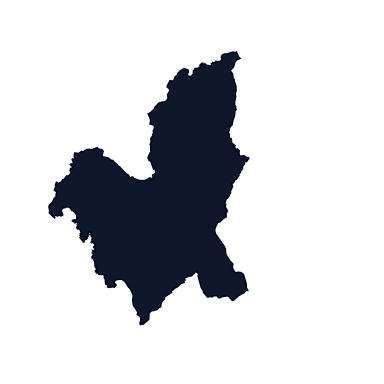 the district of Tulungagung, Jawa Timur, Indonesia, rotated 46°
{"feature_id": "22746128B2754392863745", "entity_name": "Tulungagung", "entity_type": "district", "adm_level": 2, "iso_a3": "IDN", "parent_name": "Indonesia", "parent_adm1": "Jawa Timur", "projection": "orthographic", "projection_center": [111.871, -8.073], "detail": "fine", "context": "isolated", "style": "filled", "palette": "ink", "viewbox_px": 384, "rotation_deg": 46, "n_neighbors": 0, "source": "geoboundaries", "source_scale": "gbopen_adm2", "svg_char_len": 6064}
<svg xmlns="http://www.w3.org/2000/svg" viewBox="0 0 384 384"><g transform="rotate(46 192 192)"><path d="M213.6,151.3L212.9,148.1L213.3,147.4L212.7,147.8L212.9,146.8L211.7,146.2L211.4,143.3L210.4,142.3L210.7,141.1L210.0,139.1L208.5,137.7L208.2,134.7L206.5,133.5L208.0,131.6L207.3,127.7L206.5,127.5L205.0,129.0L201.9,129.4L199.8,132.4L198.6,132.5L196.6,131.3L195.3,129.4L192.6,129.3L192.3,130.2L192.8,131.1L192.3,131.8L190.1,130.4L188.8,130.5L189.1,129.8L188.5,129.0L187.5,129.9L186.8,129.7L186.8,129.0L184.5,129.5L181.1,126.9L180.7,127.4L179.9,126.9L180.3,127.6L178.7,127.2L176.0,124.9L174.4,124.6L173.5,122.3L172.4,121.7L171.5,118.8L171.5,116.5L169.5,113.9L166.6,108.4L163.3,104.5L163.4,102.9L162.4,102.8L161.0,101.4L159.2,101.0L157.1,99.2L153.6,94.2L151.7,92.9L149.4,89.6L145.9,86.6L141.3,84.6L140.5,83.6L138.7,83.7L137.3,82.2L136.0,81.9L135.3,80.7L131.2,80.3L130.8,75.2L128.2,70.7L128.1,67.9L129.3,64.6L126.9,64.6L122.1,62.8L121.9,64.2L120.2,65.0L118.8,67.0L117.2,70.9L115.4,72.5L114.5,75.1L115.4,77.3L117.4,78.3L117.5,79.5L118.2,79.4L118.3,80.0L115.5,83.7L114.6,83.9L115.1,84.8L114.2,86.3L114.6,87.5L113.5,87.4L114.1,88.3L113.3,88.9L114.3,89.5L114.3,91.7L113.4,91.6L110.6,93.7L109.0,93.6L109.1,94.3L108.2,94.4L108.5,95.2L107.7,96.0L106.6,95.0L106.2,95.5L106.3,96.8L107.0,96.5L107.2,96.9L106.3,98.1L108.7,99.3L107.3,99.9L107.6,102.0L106.8,102.1L105.9,103.3L106.2,103.7L105.3,104.1L106.3,105.5L105.7,106.5L106.6,107.9L107.9,108.4L108.1,110.9L109.0,111.1L108.8,112.0L106.3,114.1L104.5,114.1L102.9,111.1L101.4,110.1L98.4,111.6L97.4,112.8L96.7,117.1L96.9,119.7L97.9,122.0L97.4,123.9L99.5,128.1L96.7,130.5L98.6,136.3L99.2,136.9L102.1,136.5L103.4,137.6L104.4,139.2L104.8,141.7L107.8,143.9L108.6,146.1L108.6,148.7L106.6,150.9L105.1,154.0L105.3,160.0L106.1,161.0L106.2,166.3L105.4,169.2L110.7,171.3L112.2,172.5L113.9,175.0L117.3,173.0L119.2,173.8L120.7,175.9L121.1,177.4L122.6,178.2L123.3,180.4L124.2,180.9L125.2,184.7L126.7,185.9L127.8,185.8L127.6,187.0L128.3,187.5L128.5,189.0L129.6,189.2L133.7,193.0L134.9,193.5L134.8,195.0L136.8,199.9L139.7,200.9L140.9,200.3L142.1,200.6L148.8,203.7L149.6,201.8L150.2,202.0L150.6,203.1L153.2,204.6L152.5,208.6L154.8,210.0L154.5,212.3L153.3,212.0L153.2,212.9L152.4,212.9L151.6,216.8L150.2,218.9L147.1,221.9L142.9,223.9L142.4,224.8L140.1,224.2L140.0,225.5L139.3,225.4L139.2,226.4L139.9,226.7L135.0,226.1L134.3,226.6L128.6,226.8L123.4,226.6L122.2,227.2L120.2,226.7L117.0,227.3L114.3,227.1L114.3,227.8L108.8,228.8L104.8,231.8L102.7,231.1L101.1,227.7L100.3,227.4L98.9,227.5L95.7,229.6L94.3,229.3L91.8,235.2L90.4,235.8L88.2,238.4L87.7,241.3L86.8,243.2L86.1,243.3L85.5,246.8L82.5,249.2L84.0,251.3L86.7,253.6L86.5,254.4L85.2,255.0L85.4,255.7L88.6,256.9L89.0,259.1L88.5,259.6L87.8,259.4L87.6,260.3L91.6,260.7L91.7,262.0L90.7,262.9L91.8,264.7L93.6,265.0L94.4,266.1L94.8,268.6L94.1,270.8L93.4,271.0L94.1,274.8L93.4,276.6L94.1,278.8L93.3,281.4L92.5,282.3L91.0,282.5L91.0,283.2L92.1,285.3L93.2,285.9L95.0,289.7L98.1,289.2L99.6,291.9L100.9,292.3L100.9,295.7L102.5,299.4L102.5,304.3L104.1,305.9L106.3,307.0L107.8,309.1L114.4,309.0L115.9,308.5L114.0,308.5L113.2,307.0L116.0,305.2L116.9,303.0L118.3,302.9L118.7,300.9L114.1,298.9L113.9,295.7L115.2,294.0L115.1,293.0L117.3,291.0L118.9,290.7L122.0,291.2L122.2,290.7L125.7,290.4L128.1,290.9L129.9,291.9L131.6,294.3L131.2,295.6L130.5,295.9L130.8,296.2L129.4,297.5L129.6,298.1L131.0,297.7L131.1,297.0L132.9,297.6L132.8,296.4L134.4,295.2L135.6,297.0L136.4,296.7L136.5,297.3L138.0,297.5L138.0,298.1L137.1,298.6L137.5,299.8L139.4,299.9L139.6,298.7L141.4,298.5L142.8,299.5L145.1,299.5L144.6,300.1L145.6,300.3L144.6,301.2L145.3,301.5L145.2,302.5L146.7,302.5L147.0,304.3L152.5,304.8L152.9,304.3L151.9,303.7L152.0,301.7L150.8,300.7L152.2,300.5L151.5,299.8L152.3,299.4L151.2,298.9L151.5,297.2L150.2,296.8L150.3,295.4L148.6,295.0L148.8,293.8L150.2,293.4L151.0,292.1L151.9,293.8L151.8,295.0L153.3,294.4L154.1,294.7L154.2,295.3L155.9,295.1L156.3,296.6L157.7,297.8L157.9,299.0L158.6,298.1L159.0,298.7L159.3,297.7L160.2,298.2L160.6,297.4L161.0,298.1L162.5,298.5L163.1,297.9L163.5,299.1L163.0,300.8L163.8,301.2L164.7,300.6L166.0,301.9L166.4,303.2L165.3,303.9L166.3,304.0L165.9,304.6L166.7,304.9L166.6,306.1L169.1,306.4L168.9,308.6L169.8,309.7L171.9,309.4L175.3,310.7L176.2,311.8L177.3,311.8L177.2,312.7L178.3,313.4L180.6,313.7L180.7,314.3L182.5,314.8L181.6,316.1L182.6,316.8L183.9,316.1L184.3,316.5L184.5,315.3L186.2,316.2L186.3,315.7L187.1,315.8L188.6,314.4L188.5,313.2L189.8,312.9L191.7,313.3L192.5,314.5L194.9,315.2L196.5,316.8L197.3,316.5L197.7,317.4L198.3,316.7L198.6,317.9L199.5,317.4L201.2,317.6L201.6,318.7L203.2,317.8L205.0,315.0L206.5,314.0L205.8,312.9L206.6,312.4L206.0,311.1L204.7,311.3L202.2,310.5L202.7,306.8L206.0,303.1L209.6,302.3L216.7,303.7L219.0,303.6L224.7,305.7L226.2,306.7L228.6,309.9L232.9,312.9L239.9,314.2L241.3,314.9L242.1,316.5L245.3,315.7L247.2,316.5L249.5,319.0L249.9,320.3L251.4,321.2L251.9,320.7L251.7,320.1L253.1,319.1L253.6,311.6L249.4,307.3L249.1,304.4L252.3,298.8L252.1,296.0L252.8,294.3L250.4,291.3L249.6,287.8L249.8,286.3L248.5,284.4L250.0,276.3L248.5,276.0L248.1,274.9L249.2,274.1L249.3,272.6L248.9,272.1L250.1,268.3L250.0,263.6L251.5,260.6L250.5,259.9L250.4,258.1L249.0,257.7L248.7,256.9L250.0,253.8L249.4,252.8L250.9,252.2L252.0,250.5L251.8,243.3L252.6,243.3L253.3,244.3L255.4,243.9L256.7,246.0L267.2,251.7L270.4,252.3L272.3,253.4L278.4,253.8L279.9,251.3L281.5,250.3L281.6,248.6L283.9,246.1L286.6,246.3L287.5,245.3L288.5,242.4L291.8,238.1L297.6,238.3L298.6,237.7L299.0,230.1L300.1,225.4L300.5,225.2L300.4,221.3L301.5,220.3L298.7,219.5L295.6,216.7L287.0,212.3L284.3,212.6L282.3,214.0L280.3,216.8L278.5,216.8L274.4,215.6L272.1,212.6L268.0,212.6L260.6,211.2L256.3,207.7L253.9,206.7L238.1,204.1L235.3,202.3L233.8,200.3L231.8,194.8L232.9,192.3L232.8,188.0L233.6,184.7L230.7,182.1L230.8,181.1L230.2,181.0L230.0,179.5L225.7,178.4L224.4,176.4L223.1,176.6L220.9,172.7L220.9,169.5L220.1,168.9L220.6,167.6L219.8,167.1L219.5,164.9L217.8,163.4L217.2,161.1L216.3,160.2L216.5,159.2L213.4,157.5L214.1,155.9L212.8,151.7L213.6,151.3Z" fill="#0f172a" stroke="#020617" stroke-width="1.5"/></g></svg>